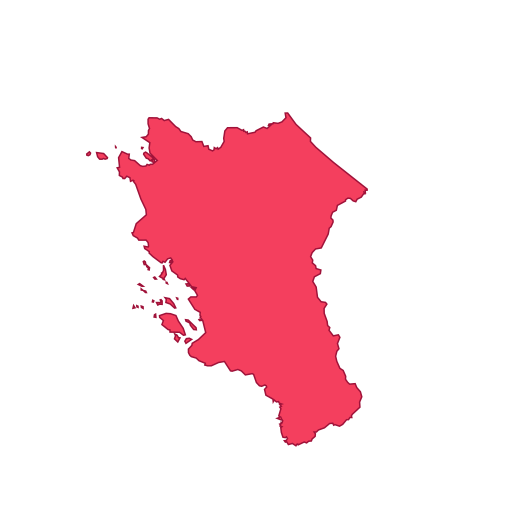 Takua Thung, Phangnga, Thailand, rotated 141°
{"feature_id": "78962969B58097970477976", "entity_name": "Takua Thung", "entity_type": "district", "adm_level": 2, "iso_a3": "THA", "parent_name": "Thailand", "parent_adm1": "Phangnga", "projection": "mercator", "projection_center": [98.425, 8.29], "detail": "fine", "context": "isolated", "style": "filled", "palette": "rose", "viewbox_px": 512, "rotation_deg": 141, "n_neighbors": 0, "source": "geoboundaries", "source_scale": "gbopen_adm2", "svg_char_len": 6143}
<svg xmlns="http://www.w3.org/2000/svg" viewBox="0 0 512 512"><g transform="rotate(141 256 256)"><path d="M262.4,80.0L260.3,84.8L260.5,90.4L259.3,94.4L263.9,97.5L264.3,100.2L264.0,103.9L262.0,106.1L260.3,112.2L261.5,115.9L259.5,123.3L257.2,128.0L253.1,131.1L249.9,131.7L247.8,136.7L242.0,140.0L241.6,142.9L246.2,145.3L246.0,152.3L243.7,154.0L244.1,156.9L241.9,160.4L239.1,168.5L236.1,172.4L231.2,174.0L231.2,176.2L234.2,179.5L234.2,185.2L228.8,194.0L227.9,200.5L223.7,203.1L217.1,201.8L214.4,204.3L217.2,208.4L215.8,211.0L216.6,215.2L214.5,217.1L214.0,221.1L210.2,223.3L205.3,224.0L200.2,221.2L186.1,227.6L181.6,231.5L179.2,231.6L174.7,233.9L173.6,235.5L173.9,238.4L172.5,239.8L169.0,241.8L164.8,241.0L160.9,244.1L151.9,242.4L150.9,243.4L148.1,243.1L146.4,241.4L145.8,237.7L144.3,235.4L141.6,236.5L137.1,235.5L132.9,236.7L132.5,236.1L131.9,237.5L131.3,236.2L129.7,238.5L128.3,237.2L127.5,238.0L136.9,279.9L141.1,302.9L141.6,310.8L139.3,313.4L142.1,333.1L141.4,347.2L143.4,348.7L145.7,344.6L151.4,343.9L155.4,345.2L158.7,348.7L159.5,348.1L162.8,350.3L164.0,349.7L162.0,348.4L167.1,348.1L169.1,351.6L177.1,353.3L178.9,352.8L185.7,356.3L184.7,358.0L186.1,358.4L186.1,360.1L187.0,360.6L186.2,362.0L187.8,362.4L189.9,367.6L197.4,373.6L201.5,372.8L207.1,367.7L208.6,365.1L215.0,362.6L218.2,362.9L217.7,364.4L219.5,364.5L220.2,366.5L221.8,364.9L223.6,365.0L225.5,368.7L223.9,371.9L227.6,374.0L226.0,379.0L230.8,382.6L232.2,386.0L231.3,389.4L231.7,393.7L236.0,400.0L235.8,403.6L237.0,407.1L238.0,417.2L242.1,419.0L242.8,422.3L244.8,422.9L245.9,425.5L252.1,430.7L253.8,430.2L256.7,426.6L258.5,422.1L260.6,421.2L263.0,418.4L266.3,417.8L270.0,419.9L267.2,410.9L271.1,407.2L273.6,402.7L272.6,392.4L278.8,392.4L280.4,393.8L281.8,393.7L283.0,395.7L285.0,395.2L287.7,397.0L289.1,399.1L290.3,406.5L292.8,409.3L293.5,411.9L290.4,414.9L291.7,415.9L294.5,421.5L300.9,418.9L306.2,410.8L308.4,411.9L309.2,407.3L311.5,404.6L310.2,401.4L310.6,399.9L309.3,398.8L306.2,399.3L304.7,396.2L306.5,393.0L303.9,392.3L303.5,391.4L304.3,390.9L304.4,387.4L309.6,372.7L312.3,361.5L315.3,357.0L328.7,356.5L336.5,351.4L337.8,352.0L338.6,349.1L336.8,344.5L337.1,342.1L331.4,337.5L331.4,334.3L333.3,331.3L334.2,330.9L336.8,334.0L337.8,331.8L336.2,326.6L337.2,325.5L336.5,320.4L334.0,310.5L333.3,309.7L331.6,310.4L330.6,308.4L326.5,309.4L323.5,308.2L323.6,305.8L325.6,306.4L327.3,305.3L326.6,304.5L324.2,304.7L324.3,303.8L328.8,302.9L330.8,297.4L328.9,290.5L330.0,289.0L329.1,286.0L326.8,282.8L325.1,283.1L325.3,272.6L322.4,269.0L325.4,267.6L326.2,262.3L328.1,261.7L332.4,265.2L335.7,265.1L337.1,253.0L334.8,247.3L336.8,245.2L336.9,243.8L337.9,243.6L338.0,239.4L343.3,228.1L353.4,227.3L360.5,228.3L362.1,226.9L367.1,226.2L369.3,223.4L369.9,220.5L369.6,218.5L366.7,214.3L366.2,210.5L362.9,204.5L364.4,203.5L362.7,201.1L359.8,198.8L352.1,196.8L346.9,193.9L348.1,182.8L347.0,181.5L341.5,179.2L339.7,175.9L339.1,170.3L332.9,166.9L332.4,165.4L335.3,157.4L335.0,153.0L333.6,151.2L330.3,150.2L329.7,148.7L330.2,147.4L333.3,147.0L335.9,141.6L332.9,134.1L334.3,131.9L332.5,132.6L331.9,129.7L330.1,128.7L330.5,126.9L329.2,124.8L331.0,125.5L330.9,123.2L332.6,123.6L332.8,121.6L338.9,117.4L338.3,115.4L341.7,116.5L339.7,112.9L338.7,113.4L338.9,111.2L340.6,110.0L341.2,110.9L341.8,110.0L343.3,110.4L343.2,109.3L344.3,108.8L343.3,107.0L344.7,107.1L347.3,103.0L349.1,98.2L347.5,96.4L346.1,96.3L346.4,94.3L348.6,93.6L350.2,94.6L350.3,92.9L349.1,92.1L349.5,89.1L345.7,87.4L344.4,83.4L342.9,84.0L341.9,83.6L342.1,82.7L335.6,81.1L334.3,78.9L331.6,78.9L329.4,77.4L327.5,78.5L323.6,78.6L321.7,80.5L321.6,82.6L319.8,81.2L317.0,81.5L310.9,79.4L304.2,79.5L301.6,77.7L302.1,75.6L300.8,75.3L298.2,71.2L294.6,70.6L288.6,71.8L287.1,70.6L284.7,71.4L283.2,70.2L282.4,71.8L280.7,72.4L270.4,73.1L267.4,77.3L262.4,80.0ZM368.5,270.4L369.5,268.9L368.6,264.1L372.3,261.9L370.6,254.1L369.4,252.7L370.7,251.0L363.4,244.8L362.2,240.0L360.5,239.2L358.1,245.6L357.3,254.3L355.7,260.1L358.8,265.0L362.0,268.0L368.5,270.4ZM313.2,427.8L312.3,426.2L310.3,425.4L309.5,425.9L309.9,431.5L314.8,436.7L316.6,432.8L316.6,429.7L314.6,428.0L313.2,427.8ZM355.3,276.6L352.9,272.7L352.0,266.7L351.0,266.2L349.9,270.9L350.0,277.3L352.9,280.8L353.0,278.8L355.3,276.6ZM278.4,396.5L274.1,396.3L276.0,405.2L276.5,406.3L278.5,406.5L279.3,405.8L279.7,401.1L278.6,399.4L278.4,396.5ZM342.9,296.3L342.1,295.1L341.7,296.5L337.5,297.9L334.9,302.5L333.7,307.1L336.9,303.0L339.3,301.8L340.1,302.2L340.8,301.2L343.9,300.8L342.4,297.0L342.9,296.3ZM350.8,250.8L351.4,249.4L349.6,245.7L350.6,243.4L350.7,238.1L348.8,236.2L347.7,238.0L349.0,248.9L350.8,250.8ZM371.5,242.9L370.9,238.4L366.6,240.2L367.6,241.4L367.2,244.2L368.2,246.5L368.7,244.7L371.5,242.9ZM362.1,235.6L364.9,234.6L365.4,232.2L358.5,231.7L359.6,234.1L362.1,235.6ZM361.2,279.2L359.4,277.5L357.2,280.2L357.3,281.9L358.1,282.1L358.2,280.6L359.6,280.0L362.6,282.4L363.2,279.7L361.2,279.2ZM323.4,441.8L324.0,440.7L323.1,439.5L321.3,439.2L319.8,440.1L319.9,441.8L323.4,441.8ZM328.0,278.3L328.4,275.9L326.1,274.2L325.8,276.9L328.0,278.3ZM275.7,396.0L277.5,394.8L276.4,392.6L274.1,394.7L275.7,396.0ZM347.1,322.6L348.3,319.7L347.1,318.5L345.7,321.1L346.0,322.5L347.1,322.6ZM365.4,308.0L363.7,304.2L362.7,303.5L363.8,307.8L365.4,308.0ZM346.7,317.6L347.6,316.6L347.3,313.8L348.4,313.3L347.8,312.4L346.1,313.9L346.7,317.6ZM373.6,272.7L372.4,271.3L370.6,274.0L371.9,274.2L373.6,272.7ZM349.1,303.7L349.1,301.6L347.9,300.8L347.9,303.4L349.1,303.7ZM365.3,300.2L364.9,297.2L364.2,296.6L363.8,298.1L365.3,300.2ZM384.5,292.8L382.6,291.9L382.3,294.5L384.5,292.8ZM376.7,289.3L377.4,288.1L376.7,286.3L375.7,287.7L376.7,289.3ZM326.0,271.3L325.7,269.2L324.6,269.6L326.0,271.3ZM364.1,286.6L365.4,285.6L364.8,284.8L363.6,285.4L364.1,286.6ZM340.4,242.5L340.4,241.2L339.3,240.5L339.7,242.4L340.4,242.5ZM276.5,412.4L277.3,411.5L277.0,410.9L275.6,411.4L276.5,412.4ZM379.9,292.4L380.6,291.4L380.0,290.3L379.3,291.2L379.9,292.4ZM365.9,302.7L366.6,301.8L365.5,300.5L365.9,302.7ZM342.3,292.2L342.8,291.4L342.2,290.2L341.8,291.5L342.3,292.2ZM344.0,273.3L344.4,271.8L344.1,271.5L343.4,272.4L344.0,273.3ZM296.3,429.4L296.7,428.9L296.9,427.6L296.3,428.6L296.3,429.4Z" fill="#f43f5e" stroke="#9f1239" stroke-width="1.5"/></g></svg>